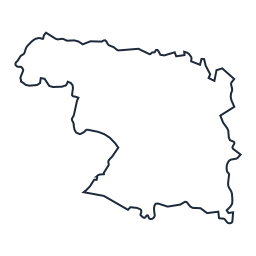 Zamora, Mercator projection
{"feature_id": "ESP-5852", "entity_name": "Zamora", "entity_type": "Autonomous Community", "adm_level": 1, "iso_a3": "ESP", "parent_name": "Spain", "parent_adm1": "", "projection": "mercator", "projection_center": [-6.097, 41.685], "detail": "fine", "context": "isolated", "style": "outline", "palette": "slate", "viewbox_px": 256, "rotation_deg": 0, "n_neighbors": 0, "source": "natural_earth", "source_scale": "10m", "svg_char_len": 2848}
<svg xmlns="http://www.w3.org/2000/svg" viewBox="0 0 256 256"><path d="M83.7,192.2L86.1,190.3L90.1,186.2L94.1,179.8L94.6,179.6L96.1,179.9L96.6,179.8L96.9,178.8L97.1,177.5L97.0,176.5L96.6,176.5L98.2,175.1L100.0,174.5L103.9,174.2L103.9,172.7L108.7,165.1L108.7,163.9L108.4,162.8L108.3,161.5L109.1,159.8L112.3,156.4L118.3,147.6L117.0,145.9L115.3,143.4L110.0,137.9L104.4,134.2L98.3,131.9L88.1,129.8L86.4,129.8L85.5,130.5L84.7,131.5L83.0,132.7L81.1,133.7L79.8,134.1L76.3,132.7L74.6,130.0L73.9,126.8L73.6,123.6L73.0,122.1L72.2,120.6L71.8,119.2L72.5,117.6L73.4,116.2L74.0,114.6L77.0,100.9L78.4,97.7L75.2,96.6L73.0,96.3L72.0,95.1L73.0,87.8L72.5,85.1L70.8,83.0L67.8,81.7L66.1,85.3L61.9,86.7L52.9,87.0L49.2,85.9L44.6,78.8L40.8,78.1L40.0,83.2L37.0,85.0L29.3,85.7L25.8,84.9L22.7,82.5L21.0,81.6L21.0,79.8L20.4,78.2L20.6,77.2L21.0,76.0L23.2,70.6L23.1,69.8L23.0,69.3L21.7,67.3L20.8,66.8L18.2,66.8L17.3,66.6L16.4,65.9L15.6,65.1L15.4,63.9L15.8,62.6L17.5,60.9L20.5,56.2L21.5,55.3L22.5,54.8L23.6,54.1L24.4,53.1L25.8,48.7L26.3,47.5L27.3,46.0L31.6,41.6L33.6,40.0L35.6,38.8L38.3,38.1L40.1,38.1L42.5,38.9L43.2,38.6L43.6,36.4L44.0,35.2L46.0,32.7L55.7,38.8L57.6,39.4L62.2,38.8L63.4,39.0L66.9,40.7L74.2,40.4L78.5,41.5L82.7,44.3L90.5,41.3L101.6,41.6L104.0,40.4L105.1,40.3L106.3,41.3L107.7,44.0L109.1,45.4L113.6,47.1L117.2,50.0L118.6,50.4L138.4,48.8L149.6,54.2L150.3,54.1L151.8,52.7L152.5,52.4L154.0,52.4L154.7,52.2L155.1,51.7L155.7,50.4L156.2,49.9L157.5,50.0L158.6,51.4L160.4,54.8L164.3,55.4L174.7,52.3L176.2,56.3L184.5,55.1L184.2,51.8L187.1,52.7L188.7,53.7L191.0,56.7L191.3,57.3L191.5,58.2L191.1,61.3L200.0,64.8L201.5,58.9L204.1,59.1L205.7,65.7L210.2,74.3L208.6,78.0L214.4,80.9L216.5,70.2L222.2,68.4L234.2,79.0L231.2,82.9L231.1,84.8L232.1,88.6L232.1,90.7L231.0,93.4L230.7,97.1L231.5,100.5L234.3,106.8L220.3,115.6L223.1,122.6L227.1,128.1L228.3,130.8L228.8,137.4L230.0,140.2L233.9,141.8L234.4,143.0L233.9,144.5L233.0,145.8L232.4,147.2L233.0,148.8L240.6,154.6L237.4,158.1L236.2,158.7L230.9,159.6L229.3,160.6L227.8,162.5L226.9,165.0L226.6,167.7L226.8,170.5L227.5,172.3L228.4,173.1L229.1,174.1L228.1,183.1L228.2,185.4L228.8,187.2L231.4,191.8L232.0,193.9L232.4,200.5L232.1,203.8L230.7,206.3L226.7,210.3L228.5,213.0L233.1,212.3L232.4,220.8L232.2,221.9L231.6,222.7L230.5,223.1L229.2,223.3L228.1,223.0L227.1,222.3L224.7,219.2L223.9,218.7L219.5,218.3L219.0,218.0L218.3,211.7L207.1,213.1L200.5,208.2L192.8,207.9L190.3,206.6L186.6,202.0L185.0,201.8L180.2,204.6L167.7,206.6L158.0,203.5L155.6,203.8L154.4,205.7L154.0,208.5L154.3,212.6L154.7,214.6L154.8,215.6L154.0,217.4L152.5,218.7L150.7,219.1L149.2,218.5L148.7,217.6L148.4,216.4L147.9,215.5L147.1,215.3L146.5,215.7L145.1,217.6L144.1,217.8L143.1,217.4L140.6,215.2L140.5,214.5L141.2,212.4L141.3,211.0L140.9,210.0L140.1,209.2L137.0,207.9L130.4,207.2L128.0,209.8L103.8,195.9L83.7,192.2Z" fill="none" stroke="#1e293b" stroke-width="2"/></svg>